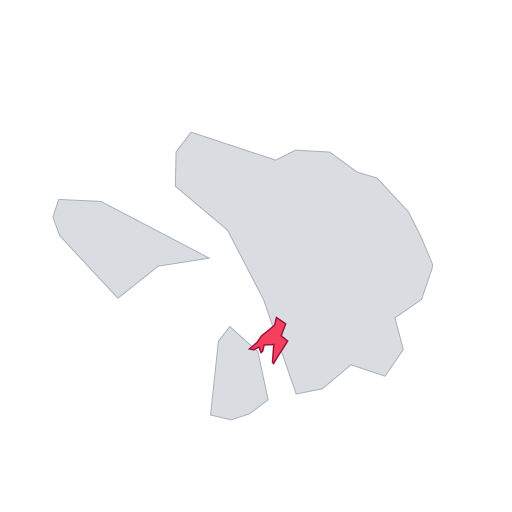 Kowloon City highlighted on a map of Hong Kong S.A.R., rotated 47°
{"feature_id": "HKG-5158", "entity_name": "Kowloon City", "entity_type": "state/province", "adm_level": 1, "iso_a3": "HKG", "parent_name": "Hong Kong S.A.R.", "parent_adm1": "", "projection": "albers", "projection_center": [114.191, 22.32], "detail": "fine", "context": "in_parent", "style": "filled", "palette": "rose", "viewbox_px": 512, "rotation_deg": 47, "n_neighbors": 0, "source": "natural_earth", "source_scale": "10m", "svg_char_len": 940}
<svg xmlns="http://www.w3.org/2000/svg" viewBox="0 0 512 512"><g transform="rotate(47 256 256)"><path d="M205.5,154.9L207.5,153.0L230.3,131.2L263.9,124.8L281.5,114.3L327.8,114.4L356.1,122.8L382.8,132.7L385.4,136.0L400.6,164.5L396.0,196.6L424.8,212.0L431.9,243.6L400.3,260.8L398.4,298.0L384.3,320.7L293.0,280.2L217.7,259.2L150.0,267.4L125.4,243.5L121.2,219.0L199.3,176.3L205.5,154.9ZM192.7,385.8L107.3,385.7L89.0,378.0L80.1,361.7L110.4,332.2L225.6,291.7L196.7,334.5L192.7,385.8ZM358.9,385.9L341.3,397.7L292.7,341.6L289.7,323.3L327.2,319.9L369.4,345.2L367.0,368.3L358.9,385.9Z" fill="#d9dde1" stroke="#a8b0b8" stroke-width="1"/><path d="M344.5,309.2L346.7,316.5L345.0,316.5L332.9,303.4L326.6,310.7L330.1,315.9L330.1,318.2L324.6,315.9L323.1,321.6L319.5,324.2L319.9,314.1L318.2,306.4L318.7,299.7L319.3,289.6L314.9,283.0L325.9,280.6L331.5,292.0L339.8,290.9L342.0,299.2L344.5,309.2Z" fill="#f43f5e" stroke="#9f1239" stroke-width="1.5"/></g></svg>